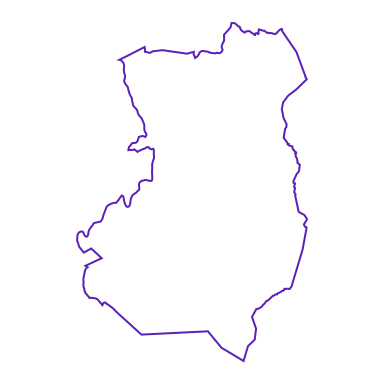 the district of Santa Cruz Zenzontepec, Oaxaca, Mexico
{"feature_id": "50627088B62885072459196", "entity_name": "Santa Cruz Zenzontepec", "entity_type": "district", "adm_level": 2, "iso_a3": "MEX", "parent_name": "Mexico", "parent_adm1": "Oaxaca", "projection": "equal_earth", "projection_center": [-97.511, 16.47], "detail": "fine", "context": "isolated", "style": "outline", "palette": "violet", "viewbox_px": 384, "rotation_deg": 0, "n_neighbors": 0, "source": "geoboundaries", "source_scale": "gbopen_adm2", "svg_char_len": 5865}
<svg xmlns="http://www.w3.org/2000/svg" viewBox="0 0 384 384"><path d="M305.7,77.1L297.0,53.5L296.3,51.8L282.6,31.8L281.9,30.5L282.1,29.2L281.0,29.1L280.3,29.4L279.3,30.2L277.6,31.9L276.8,33.0L275.8,33.7L275.1,34.1L273.1,33.6L270.9,33.0L269.7,33.2L268.3,32.7L267.6,33.1L266.2,32.3L265.4,31.5L264.3,30.7L262.8,30.7L262.1,30.4L261.2,30.0L258.8,29.4L258.6,30.3L258.5,33.8L258.0,34.0L257.5,33.5L256.6,33.1L255.7,33.3L255.2,34.0L255.1,34.9L254.3,34.8L253.9,34.1L251.8,33.0L251.0,32.4L250.4,31.8L249.9,31.4L249.0,31.1L247.8,31.2L246.4,31.4L245.6,31.8L244.7,32.6L243.6,31.8L242.6,31.4L242.1,30.8L241.4,30.3L240.6,29.2L240.1,28.4L240.1,27.5L239.4,26.6L238.2,26.4L237.6,25.8L236.5,24.5L234.8,23.3L233.9,23.1L231.6,23.0L230.5,27.5L224.0,34.8L224.1,36.9L224.1,39.9L223.9,41.1L223.4,42.1L222.9,42.6L222.6,43.7L221.7,45.5L221.7,46.6L221.8,47.6L222.5,49.4L222.3,50.8L221.6,51.7L220.8,52.5L219.7,53.2L218.7,53.2L216.7,52.7L215.4,53.4L214.7,53.3L211.3,52.9L209.8,52.7L208.1,51.7L206.6,51.5L204.9,51.4L203.8,51.0L203.0,51.0L201.5,51.2L200.6,51.7L199.7,52.4L199.1,53.8L198.5,54.8L197.5,56.2L196.4,57.2L195.1,58.0L194.9,56.7L194.1,55.6L193.7,54.4L193.7,53.1L193.8,51.8L187.1,53.7L164.0,50.4L162.0,50.2L154.5,51.1L152.8,51.3L150.1,52.9L144.9,51.7L145.1,50.3L144.8,48.8L144.6,47.0L127.7,55.7L119.4,59.8L120.7,60.0L122.1,61.3L123.2,62.5L123.6,63.3L124.2,65.7L123.9,68.1L123.8,69.6L123.9,71.3L124.2,72.9L124.7,74.3L125.1,76.0L124.9,77.8L124.2,80.3L124.2,81.7L126.0,84.8L126.9,86.0L127.8,87.1L128.2,89.0L129.4,93.4L130.4,95.6L131.2,97.1L131.9,98.1L131.9,99.8L132.4,102.0L132.9,103.7L133.2,105.7L135.5,108.2L136.5,109.2L137.4,110.9L137.8,112.9L138.7,114.9L140.2,116.8L141.8,118.6L143.7,123.1L144.3,124.9L144.3,127.2L144.3,129.4L144.8,131.3L145.3,132.3L146.2,133.5L146.4,135.4L145.3,137.0L144.2,136.5L142.8,136.0L141.2,136.2L140.1,136.6L138.9,136.9L138.5,138.3L138.1,139.2L137.8,140.5L137.2,141.4L136.2,142.6L134.9,143.0L133.7,142.9L132.1,143.2L131.2,144.3L130.6,145.4L129.1,146.9L128.6,148.5L128.4,150.2L130.1,149.9L131.2,150.0L133.2,149.9L134.5,149.4L137.5,151.9L138.8,150.9L139.8,150.6L141.0,150.0L143.6,148.9L144.7,148.5L145.9,148.0L146.5,147.3L147.4,147.1L148.8,147.3L149.2,148.1L149.8,148.7L150.5,148.7L151.4,149.3L152.2,149.1L153.3,148.8L153.9,150.3L153.8,152.0L153.8,154.0L154.1,158.1L153.5,159.3L153.4,159.9L153.0,161.0L152.6,162.2L152.4,163.0L152.3,163.9L152.1,165.2L152.2,167.1L152.2,168.1L152.2,169.0L152.1,170.0L152.0,172.3L152.1,173.8L152.2,176.1L152.3,177.1L152.2,179.3L152.0,180.0L151.8,180.5L151.5,180.9L150.7,180.9L149.7,180.8L148.8,180.7L148.0,180.4L147.0,180.2L146.2,180.1L145.4,180.0L144.7,180.1L144.2,180.3L143.5,180.4L142.7,180.8L141.9,180.7L141.2,181.0L140.8,181.5L139.8,182.3L139.1,183.4L139.0,184.2L139.0,185.4L139.2,186.6L139.2,187.4L139.3,187.9L139.1,189.8L138.2,190.6L137.1,191.5L136.4,192.5L134.0,194.0L132.8,194.9L131.5,197.0L130.7,199.6L130.4,201.6L130.2,203.8L129.8,205.2L128.7,206.5L127.9,206.9L127.1,206.8L126.4,206.4L125.9,205.6L125.3,204.5L124.7,203.2L124.5,202.2L124.2,200.8L123.8,199.2L123.6,197.6L123.1,196.2L122.5,195.7L121.7,195.5L121.0,196.4L119.6,198.4L118.7,199.8L117.6,201.0L116.7,202.5L115.9,202.8L115.0,202.7L113.6,203.0L111.6,203.5L110.2,204.2L109.2,204.7L107.4,205.9L107.0,206.4L106.2,207.8L103.4,215.2L102.5,218.6L101.1,221.0L100.2,221.6L97.5,222.3L95.6,222.6L93.4,223.5L93.0,224.7L92.2,225.7L90.5,227.9L89.3,229.7L88.8,230.9L88.5,232.0L88.1,234.7L87.7,235.7L87.4,236.3L86.4,236.8L85.4,236.2L84.7,235.7L84.2,234.6L83.7,233.5L83.2,232.2L82.2,231.5L80.9,231.5L79.6,232.2L78.9,232.5L77.9,234.0L77.7,234.6L77.4,235.7L77.3,237.0L77.3,238.4L77.1,240.1L77.3,241.0L78.3,243.7L79.1,246.7L83.8,252.6L91.2,248.5L101.7,258.2L85.4,265.8L87.6,267.2L87.2,267.5L86.6,267.9L86.1,268.5L85.8,269.0L85.6,269.5L85.1,270.4L84.9,271.1L84.8,271.8L84.4,273.2L84.2,274.9L83.7,276.7L83.6,277.7L83.4,278.4L83.4,278.7L83.4,279.0L83.4,279.5L83.4,279.8L83.4,280.4L83.4,280.7L83.4,281.1L83.5,281.9L83.5,282.6L83.4,283.1L83.5,283.6L83.3,284.9L83.4,285.4L83.5,286.3L83.5,286.5L83.9,287.4L84.0,288.1L84.2,288.4L84.3,289.4L84.3,289.9L84.6,290.6L84.9,291.7L85.1,292.1L85.1,292.3L85.3,292.4L85.4,292.8L85.6,293.2L85.8,293.5L86.4,294.0L86.8,294.6L87.6,295.6L88.2,296.3L88.5,296.6L88.8,296.8L89.5,298.0L91.2,297.8L91.7,297.8L96.0,298.5L97.5,299.3L102.4,305.2L102.8,304.4L103.2,303.3L103.8,302.8L104.8,302.5L105.5,302.5L106.1,303.6L106.4,303.6L108.2,304.7L113.0,308.3L114.9,310.3L117.4,312.8L141.4,334.6L207.9,331.3L221.5,347.8L243.6,361.0L248.0,346.1L254.7,339.7L256.1,328.7L252.0,316.9L256.3,309.1L258.1,308.8L258.8,308.4L260.5,307.6L261.3,306.8L262.2,306.2L262.8,305.1L263.4,304.6L264.1,304.0L264.6,303.6L265.1,302.8L265.5,302.1L265.7,301.8L266.0,301.5L266.5,301.0L266.8,300.8L267.7,300.8L272.5,296.2L273.0,295.7L273.5,295.7L274.0,295.6L274.7,294.9L275.2,294.7L275.8,294.4L276.6,294.2L277.0,294.4L277.6,293.3L279.0,292.9L279.7,292.5L280.3,292.1L281.1,291.7L281.6,291.3L282.0,290.9L283.4,290.6L284.1,290.0L284.4,288.8L285.6,289.0L287.3,288.7L288.3,288.8L289.4,289.1L290.4,288.0L291.9,285.9L292.0,285.3L292.0,284.9L302.6,249.5L306.6,227.7L306.2,227.1L305.1,226.8L304.3,225.6L304.0,224.2L304.7,223.2L305.0,222.6L306.0,221.1L306.7,219.8L306.9,219.6L306.9,218.9L305.0,215.9L304.7,215.2L298.7,211.9L295.1,195.3L295.6,194.4L294.2,192.2L295.1,187.9L294.2,187.3L294.3,185.4L294.9,184.5L294.9,183.2L293.6,182.9L293.4,181.2L296.6,174.2L299.0,171.1L299.8,164.7L297.7,163.0L297.5,162.9L297.4,162.7L297.6,161.3L297.4,161.0L297.1,158.9L295.7,156.3L295.7,155.0L295.6,154.2L295.2,153.5L296.1,153.2L295.9,152.1L295.3,151.6L294.8,151.5L294.0,150.5L293.9,150.0L292.9,149.3L292.2,146.3L290.7,146.0L288.7,145.3L288.8,144.1L287.6,144.2L287.2,142.4L284.6,139.1L283.8,138.0L284.0,137.7L283.8,136.9L285.1,128.8L286.4,127.0L286.6,124.2L283.6,118.1L281.8,109.2L282.3,106.8L283.1,102.5L287.7,96.2L289.1,94.9L296.2,89.5L306.8,79.2L305.5,77.2L305.7,77.1Z" fill="none" stroke="#5b21b6" stroke-width="2"/></svg>